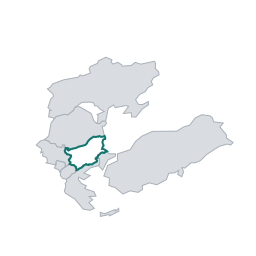 Bulgaria highlighted, Robinson projection, rotated 337°
{"feature_id": "BGR", "entity_name": "Bulgaria", "entity_type": "country or territory", "adm_level": 0, "iso_a3": "BGR", "parent_name": "Europe", "parent_adm1": "", "projection": "robinson", "projection_center": [24.961, 42.741], "detail": "fine", "context": "with_neighbors", "style": "outline", "palette": "teal", "viewbox_px": 256, "rotation_deg": 337, "n_neighbors": 7, "source": "natural_earth", "source_scale": "50m", "svg_char_len": 5602}
<svg xmlns="http://www.w3.org/2000/svg" viewBox="0 0 256 256"><g transform="rotate(337 128 128)"><path d="M146.7,110.1L150.2,112.1L157.1,111.6L155.9,114.6L148.5,116.1L139.5,121.0L135.6,119.2L137.0,115.2L129.4,112.8L136.9,108.4L134.9,106.5L124.3,104.3L123.7,101.2L117.5,102.2L110.0,113.1L106.9,111.6L103.7,113.0L100.7,111.4L102.4,110.5L105.3,105.0L104.8,103.5L112.6,103.6L109.4,99.3L108.4,95.8L105.9,94.5L106.3,91.6L103.2,89.3L95.5,86.4L86.7,88.5L85.0,90.4L77.8,92.5L74.7,90.5L66.3,89.5L63.4,91.3L63.0,89.1L59.3,86.8L62.5,81.2L63.9,81.7L62.3,77.9L68.3,71.0L71.6,70.0L72.3,67.7L69.1,60.5L72.2,60.2L75.8,58.0L87.4,58.5L102.3,61.8L104.7,60.4L106.5,62.3L115.0,62.7L115.3,58.5L117.2,56.7L125.2,56.6L126.8,54.7L135.4,54.3L139.9,59.0L138.3,60.6L139.0,63.2L144.2,63.6L146.8,67.2L146.8,68.8L155.3,71.7L160.3,70.4L164.6,74.2L178.4,76.9L178.7,79.4L176.3,83.8L178.2,88.4L177.3,91.2L170.9,91.8L167.6,94.2L167.6,97.9L162.3,98.6L158.0,101.3L151.7,101.7L146.1,104.8L146.7,110.1Z" fill="#d9dde1" stroke="#a8b0b8" stroke-width="1"/><path d="M100.7,111.4L103.7,113.0L106.9,111.6L110.0,113.1L110.2,115.2L107.0,117.1L104.9,116.3L103.1,126.5L94.1,122.6L86.0,124.5L82.6,126.7L64.6,125.6L61.4,120.6L63.0,119.1L61.4,118.1L59.2,120.0L55.3,117.5L54.8,114.0L50.7,112.0L50.0,109.4L46.4,106.1L51.8,104.5L59.3,93.1L66.3,89.5L74.7,90.5L77.8,92.5L85.0,90.4L86.7,88.5L89.5,88.5L91.6,89.3L99.8,100.3L99.4,107.6L100.7,111.4Z" fill="#d9dde1" stroke="#a8b0b8" stroke-width="1"/><path d="M88.0,198.4L87.1,201.0L76.8,201.7L76.8,200.3L68.1,198.6L69.4,194.9L73.3,197.8L84.2,198.0L84.1,199.5L88.0,198.4ZM64.5,146.7L69.6,147.0L75.2,144.6L80.1,147.6L86.4,146.8L86.5,142.5L89.9,144.8L87.8,150.1L86.1,151.1L78.2,150.0L69.8,152.2L74.6,157.0L67.1,158.4L63.4,154.0L62.1,155.9L63.6,161.0L67.1,165.0L64.5,166.9L71.8,173.4L71.9,178.2L65.4,175.9L67.5,180.3L62.9,181.2L65.6,188.8L60.9,188.9L55.1,185.2L51.3,172.6L45.1,163.8L44.7,161.3L48.0,157.2L48.5,154.4L50.8,153.2L51.0,150.9L55.5,150.2L58.2,148.3L62.0,148.5L64.5,146.7Z" fill="#d9dde1" stroke="#a8b0b8" stroke-width="1"/><path d="M219.1,182.4L215.8,183.8L213.1,181.6L204.8,180.5L190.0,183.1L182.0,186.3L176.2,186.3L172.3,184.7L164.6,187.1L162.2,185.4L162.0,190.2L158.4,193.9L155.6,190.1L158.1,186.8L153.8,187.6L147.8,185.6L143.1,190.5L132.3,191.5L126.4,186.9L118.7,186.6L117.2,190.2L112.2,191.2L105.3,186.6L97.5,186.8L93.2,178.2L88.0,173.5L91.4,166.8L87.0,162.7L94.7,154.5L105.4,154.2L108.2,147.7L121.5,148.8L129.7,143.3L137.7,140.9L149.2,140.7L171.8,150.0L179.8,148.7L185.9,149.5L193.8,145.0L201.1,144.6L208.2,148.8L209.6,151.8L209.3,155.9L217.6,160.6L213.0,163.0L215.9,172.8L214.7,175.5L219.1,182.4ZM86.5,142.5L93.5,139.9L99.5,141.0L100.4,144.3L106.5,147.0L105.2,149.1L97.0,149.6L88.2,156.8L86.1,151.1L87.8,150.1L89.9,144.8L86.5,142.5Z" fill="#d9dde1" stroke="#a8b0b8" stroke-width="1"/><path d="M60.6,138.3L64.0,141.1L64.5,146.7L62.0,148.5L58.2,148.3L55.5,150.2L51.0,150.9L48.1,148.8L47.2,145.2L49.4,140.6L60.6,138.3Z" fill="#d9dde1" stroke="#a8b0b8" stroke-width="1"/><path d="M36.9,107.9L42.2,105.7L46.4,106.1L50.0,109.4L50.7,112.0L54.8,114.0L55.3,117.5L59.2,120.0L61.4,118.1L63.0,119.1L61.4,120.6L62.7,122.1L61.0,124.0L61.6,127.1L64.9,130.8L62.2,133.4L61.0,136.1L61.8,137.1L60.6,138.3L55.0,139.0L56.5,135.3L49.9,130.2L46.0,134.2L46.6,133.4L39.0,128.1L40.6,127.7L41.7,123.7L38.5,120.4L40.3,116.7L37.8,116.7L40.5,113.6L36.9,107.9Z" fill="#d9dde1" stroke="#a8b0b8" stroke-width="1"/><path d="M48.1,142.3L47.7,139.2L44.7,136.1L47.7,133.5L48.7,130.7L49.9,130.2L56.5,135.3L55.0,139.0L49.4,140.6L49.0,142.4L48.1,142.3Z" fill="#d9dde1" stroke="#a8b0b8" stroke-width="1"/><path d="M99.6,141.3L98.7,141.2L98.4,141.2L98.1,141.4L97.7,141.4L97.2,141.4L96.6,141.6L96.3,141.7L95.9,141.5L95.1,140.9L94.6,140.4L94.3,140.3L93.9,140.4L92.7,140.6L92.4,140.8L91.8,141.1L91.2,141.3L90.4,141.4L89.9,141.4L89.7,141.5L89.5,142.0L89.3,142.4L89.2,142.6L88.2,142.8L87.9,143.0L87.9,143.5L87.1,143.3L86.4,143.4L86.3,143.6L86.1,143.9L86.2,144.1L86.4,144.4L86.7,145.1L86.8,145.9L86.6,146.3L86.1,146.6L85.1,146.9L84.2,146.8L83.8,146.9L83.0,146.9L82.4,147.0L81.4,147.3L80.5,147.5L79.7,146.9L78.7,146.5L77.7,146.2L77.3,146.4L77.2,146.6L76.3,146.0L75.9,145.8L75.7,145.6L75.4,144.9L75.2,144.9L74.5,145.1L73.8,145.1L73.4,145.1L72.2,145.1L72.0,145.6L71.9,145.7L71.6,145.7L70.9,145.7L70.1,146.1L69.2,146.3L68.5,146.3L67.8,146.2L67.4,146.3L66.5,146.3L65.9,146.8L65.0,146.8L64.2,146.7L64.3,146.6L64.5,144.4L64.9,143.5L64.9,143.3L64.8,143.1L64.5,143.0L64.2,142.5L63.7,141.1L63.5,140.9L62.7,140.6L62.0,140.2L61.4,139.7L60.3,138.4L60.9,138.3L61.1,138.0L61.6,137.3L61.7,137.0L61.6,136.8L61.3,136.4L61.0,135.7L61.2,135.0L61.2,134.7L61.1,134.3L61.2,133.9L61.6,133.7L61.9,133.6L62.9,133.5L63.6,132.7L64.0,132.4L64.4,131.9L64.5,131.7L64.7,131.4L64.8,131.0L64.0,130.4L63.7,130.0L63.4,129.5L62.9,129.2L61.9,128.7L61.5,128.1L61.4,127.4L61.1,126.9L60.8,126.5L60.8,126.3L60.7,125.9L60.7,125.2L60.9,124.3L61.0,124.0L61.4,123.9L62.3,123.4L62.3,122.8L62.5,122.4L62.8,122.2L63.0,122.0L63.5,122.4L64.6,123.0L65.2,123.4L65.2,123.6L64.9,123.9L64.4,124.2L64.1,124.5L64.0,124.9L64.1,125.2L64.4,125.5L66.5,125.1L68.7,125.3L71.5,125.9L73.4,126.1L74.8,125.8L77.4,126.3L79.8,126.7L82.1,126.9L83.4,126.5L84.3,126.0L85.1,125.2L87.1,124.0L88.9,123.3L91.4,122.8L93.0,122.6L93.2,122.8L95.3,123.9L96.3,123.9L97.0,124.1L97.3,124.4L97.5,124.4L98.5,124.2L98.9,124.7L99.6,125.6L100.8,126.0L101.9,126.2L102.2,126.3L103.3,126.2L103.2,128.3L102.6,129.2L101.5,128.9L100.3,129.2L99.6,130.3L99.2,130.6L98.9,131.0L98.7,132.4L98.7,134.7L98.2,135.0L97.7,135.1L95.9,137.1L97.0,137.7L97.5,138.1L98.3,139.3L99.4,140.7L99.6,141.3Z" fill="none" stroke="#0f766e" stroke-width="2"/></g></svg>